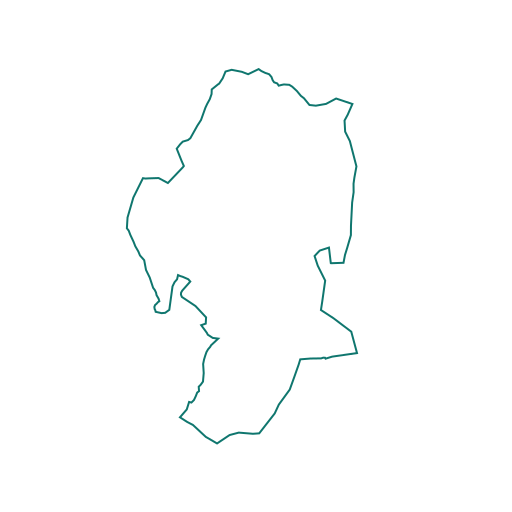 Dandume, Katsina, Nigeria, rotated 212°
{"feature_id": "59680162B23965546094498", "entity_name": "Dandume", "entity_type": "district", "adm_level": 2, "iso_a3": "NGA", "parent_name": "Nigeria", "parent_adm1": "Katsina", "projection": "albers", "projection_center": [7.218, 11.418], "detail": "fine", "context": "isolated", "style": "outline", "palette": "teal", "viewbox_px": 512, "rotation_deg": 212, "n_neighbors": 0, "source": "geoboundaries", "source_scale": "gbopen_adm2", "svg_char_len": 2267}
<svg xmlns="http://www.w3.org/2000/svg" viewBox="0 0 512 512"><g transform="rotate(212 256 256)"><path d="M254.8,436.0L271.5,432.0L277.2,422.1L284.9,415.2L290.7,412.4L296.6,414.4L298.9,415.2L302.8,415.6L305.2,416.4L308.8,417.6L315.0,418.8L318.0,418.8L318.5,418.8L323.2,416.3L324.8,414.8L327.0,412.5L329.4,413.6L332.7,412.9L335.0,413.9L337.7,416.0L341.1,417.1L343.1,416.7L345.0,416.2L349.5,415.7L352.8,415.9L359.0,406.0L362.5,405.3L365.6,404.7L375.3,401.0L379.6,396.3L378.4,389.0L378.6,382.6L379.1,381.6L381.8,373.8L379.5,369.8L378.3,364.5L378.0,359.1L377.5,355.0L374.7,342.2L374.8,335.5L374.1,321.1L375.1,318.3L378.7,314.2L379.5,310.6L380.1,305.0L372.2,299.2L369.6,297.3L364.9,294.1L365.0,292.7L369.4,271.2L379.9,270.5L388.4,264.8L390.8,263.1L393.1,262.1L391.0,240.6L385.4,220.8L385.4,220.7L380.2,211.1L377.3,210.0L373.9,207.4L367.4,203.2L363.5,200.3L358.2,197.5L354.7,195.0L348.6,193.2L341.9,185.9L334.7,181.4L326.4,174.5L323.8,173.5L321.4,172.0L319.6,170.1L316.0,168.2L314.0,166.4L314.7,164.9L315.0,162.9L315.6,160.9L315.2,158.9L313.7,157.2L312.7,156.7L311.5,155.5L305.8,157.5L302.9,159.7L301.0,164.4L310.7,186.0L311.2,190.6L310.6,194.4L312.0,198.5L309.8,198.8L307.2,199.5L301.1,200.4L298.2,199.5L300.2,187.6L300.1,185.2L299.2,183.5L297.2,182.0L293.8,181.9L293.7,181.9L280.8,181.5L265.8,177.5L262.8,172.0L265.8,168.3L259.0,165.6L256.8,164.7L255.2,163.7L253.5,163.7L249.3,163.6L244.3,165.9L246.8,156.5L246.7,154.7L247.2,151.5L247.1,148.3L246.2,144.4L245.2,140.7L243.6,136.4L238.3,129.0L234.4,121.4L234.7,117.3L235.3,114.8L232.7,111.2L233.5,109.0L232.8,105.3L232.3,101.0L233.1,97.5L235.4,96.8L235.0,95.3L233.4,89.2L235.0,78.9L226.5,78.8L219.9,79.3L202.7,76.0L189.7,76.4L183.5,90.2L177.0,97.1L164.4,103.6L159.3,107.3L156.7,132.4L157.9,142.1L156.6,160.6L159.4,173.6L162.3,186.6L163.7,191.8L155.5,197.9L146.5,203.7L145.1,205.4L143.5,206.3L142.6,205.8L138.1,211.0L118.9,227.2L135.1,242.3L157.5,244.3L172.3,244.6L175.7,252.5L184.3,271.8L198.5,280.5L206.3,287.0L205.3,292.1L204.8,294.4L198.6,301.8L188.8,289.6L188.6,289.6L178.2,296.6L181.1,304.1L183.0,311.3L186.6,324.0L191.5,332.0L202.8,352.3L207.0,361.8L211.6,369.0L214.1,374.6L218.3,385.2L233.2,399.3L237.3,403.2L246.3,408.7L252.7,417.8L253.1,424.4L254.8,436.0Z" fill="none" stroke="#0f766e" stroke-width="2"/></g></svg>